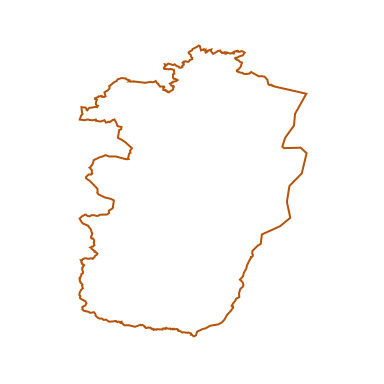 Nenagh Lea-5, North Tipperary, Ireland (Natural Earth projection), rotated 166°
{"feature_id": "5873133B70886709487680", "entity_name": "Nenagh Lea-5", "entity_type": "district", "adm_level": 2, "iso_a3": "IRL", "parent_name": "Ireland", "parent_adm1": "North Tipperary", "projection": "natural_earth1", "projection_center": [-8.077, 52.997], "detail": "fine", "context": "isolated", "style": "outline", "palette": "amber", "viewbox_px": 384, "rotation_deg": 166, "n_neighbors": 0, "source": "geoboundaries", "source_scale": "gbopen_adm2", "svg_char_len": 6032}
<svg xmlns="http://www.w3.org/2000/svg" viewBox="0 0 384 384"><g transform="rotate(166 192 192)"><path d="M275.0,299.7L278.7,301.1L279.5,296.3L279.3,294.1L281.0,293.1L283.4,289.4L278.7,287.6L275.3,287.6L274.2,286.7L270.6,285.5L267.8,285.6L267.8,284.1L266.9,284.1L265.3,283.1L263.3,282.5L259.6,282.9L258.7,280.1L255.6,280.4L254.9,279.6L252.0,280.9L249.7,281.2L248.6,277.1L248.4,274.0L244.7,272.1L245.6,270.0L247.6,269.8L250.8,262.5L247.8,259.9L244.6,256.4L239.7,249.0L242.1,247.1L242.2,244.9L243.5,244.6L244.7,242.7L245.0,241.6L245.7,240.6L245.5,239.3L247.5,239.6L249.7,240.6L257.3,244.9L263.8,246.5L266.9,248.7L270.7,248.0L272.3,248.2L279.2,246.8L279.7,246.6L281.1,244.0L282.7,242.1L284.2,241.3L284.5,240.3L285.4,240.3L283.9,237.5L284.6,234.8L284.3,234.0L285.9,233.3L286.8,233.8L288.4,233.8L291.2,232.2L291.4,231.6L291.2,230.5L288.4,227.4L283.0,218.1L283.6,214.8L284.1,214.2L283.3,212.3L277.8,207.8L272.3,204.9L269.9,202.8L270.1,202.0L272.4,196.6L272.3,196.0L273.4,195.2L277.0,194.1L277.4,193.7L277.5,191.8L279.9,190.7L286.7,192.2L288.8,191.6L290.4,191.9L292.7,193.2L295.3,193.8L297.2,193.1L299.1,194.0L300.4,195.7L301.1,195.9L304.7,195.0L307.4,193.5L306.6,190.2L305.6,187.9L300.9,184.4L301.0,184.1L299.2,180.2L299.1,176.3L298.7,176.0L301.0,172.5L301.0,171.7L300.7,171.2L299.5,171.0L298.6,169.0L298.8,167.9L299.6,166.7L299.4,166.1L299.7,165.0L299.5,164.1L301.1,163.1L302.5,163.2L303.9,162.7L303.1,162.2L303.2,161.1L300.7,158.3L301.0,157.9L300.6,157.7L300.5,157.0L299.6,156.6L298.7,155.1L299.4,154.3L301.6,153.4L302.1,152.7L304.4,151.2L304.9,151.2L305.4,152.0L308.9,152.3L311.7,153.6L314.4,153.2L315.1,152.5L316.2,152.7L315.8,151.7L316.4,151.1L315.9,149.8L316.3,149.1L314.5,147.6L314.3,147.1L315.3,146.7L315.4,146.1L316.9,145.1L316.7,144.7L317.3,143.2L317.0,141.0L317.6,139.5L319.2,139.1L319.9,137.3L321.2,136.3L321.3,135.6L322.1,135.4L321.9,134.6L322.4,133.0L321.9,131.9L322.2,131.3L320.7,128.7L321.4,127.7L321.1,126.9L321.4,126.0L321.2,125.0L323.3,123.9L325.3,121.6L326.2,119.4L325.5,117.9L326.4,116.4L325.8,115.3L321.9,111.8L321.3,109.6L323.0,107.7L326.1,107.1L326.5,106.3L326.2,105.7L326.7,104.6L325.9,103.1L321.1,100.6L320.2,99.4L316.2,99.1L315.2,96.9L315.4,95.5L315.1,94.6L313.4,92.4L312.4,91.6L309.9,90.9L308.6,89.2L306.3,89.0L304.0,86.3L299.4,85.4L297.8,85.5L296.7,85.0L296.8,84.4L295.9,83.8L294.3,84.0L293.6,83.3L291.7,83.2L291.7,82.2L292.3,81.9L291.2,81.4L290.6,79.9L289.5,78.9L285.5,78.0L279.9,75.0L274.1,75.6L273.6,75.0L272.3,75.0L270.7,73.5L270.7,72.9L270.1,72.6L270.2,72.0L269.5,71.0L267.1,71.1L266.5,70.6L265.5,70.7L264.6,69.7L264.4,68.9L263.7,69.0L263.0,68.0L262.4,68.2L262.3,67.5L261.6,67.7L259.8,67.0L259.4,67.4L253.8,65.7L253.4,66.5L251.4,66.3L251.0,65.5L250.2,65.7L249.9,66.3L247.9,65.0L246.3,64.9L245.8,63.9L243.8,64.0L243.6,63.3L242.5,63.6L242.0,63.0L239.8,62.7L238.9,61.9L239.1,61.1L238.4,60.9L238.3,60.3L237.0,59.8L235.4,58.0L234.3,58.0L230.3,56.4L229.5,56.6L227.2,55.0L227.6,53.8L226.5,53.5L225.5,51.7L224.6,51.5L222.8,52.0L220.9,55.2L214.7,56.5L211.8,56.4L206.9,57.8L198.9,57.2L194.8,58.1L191.4,60.3L187.6,64.4L183.6,66.9L180.0,69.9L179.9,71.0L181.0,71.4L181.1,71.9L178.9,74.1L176.4,76.0L174.8,77.9L171.6,78.5L170.8,82.5L169.0,85.6L168.2,86.5L165.7,87.7L164.4,89.8L164.7,92.3L166.7,95.4L162.9,97.9L161.2,101.1L157.8,104.6L156.5,107.3L153.6,110.9L151.0,113.6L150.5,114.6L149.9,114.3L148.5,115.3L148.1,116.4L148.5,117.8L147.6,120.2L141.1,124.1L137.8,125.0L134.5,133.9L114.8,137.5L102.9,143.2L102.3,159.5L96.0,174.3L81.0,183.5L71.4,201.9L75.8,208.7L92.1,212.3L93.4,214.1L88.5,222.1L77.0,231.8L73.1,242.9L57.3,259.7L87.6,275.0L88.2,275.5L87.9,275.7L89.6,277.1L90.9,276.9L91.7,277.8L91.9,279.3L91.7,282.9L92.8,284.5L93.5,286.2L96.5,287.6L99.1,288.0L105.6,294.1L107.8,293.0L111.6,293.5L113.3,294.2L114.2,295.4L116.3,296.2L119.2,298.2L119.3,298.9L118.9,299.3L117.5,299.7L114.6,301.5L112.2,305.5L114.1,306.8L114.7,308.2L116.3,309.2L117.1,310.4L117.5,310.4L117.9,311.0L117.6,311.7L116.5,311.6L116.3,311.3L113.4,312.1L109.7,312.3L107.2,314.4L108.4,315.9L110.1,316.8L111.8,316.5L113.3,316.9L113.8,317.2L113.4,317.9L113.8,318.1L117.5,317.9L117.3,317.1L118.0,316.2L119.2,317.0L121.7,317.2L124.4,319.0L125.3,317.9L125.6,318.0L126.3,318.2L126.1,319.5L126.3,319.7L127.9,319.7L128.2,319.3L129.3,319.7L129.5,320.5L130.2,320.9L130.3,322.4L132.6,322.5L138.1,320.9L139.7,324.3L138.8,325.6L142.4,325.4L142.8,325.2L142.5,324.8L142.8,324.6L144.9,323.9L145.1,324.6L144.5,326.6L144.9,326.4L146.0,326.8L146.0,327.7L149.0,327.2L149.1,331.8L150.1,332.5L152.2,331.6L156.8,330.6L157.8,329.3L159.5,329.1L161.5,328.3L161.3,327.0L160.0,325.3L160.2,324.0L159.7,322.3L159.3,322.1L159.7,320.8L162.4,320.5L163.1,319.5L164.5,319.2L166.9,320.5L167.7,320.2L168.5,320.5L169.8,319.7L169.1,319.0L169.4,318.8L169.1,317.6L171.1,316.6L171.0,315.7L172.6,315.2L174.3,315.8L174.4,316.8L176.2,317.7L176.4,318.4L177.1,318.6L177.9,320.1L179.7,319.7L183.2,322.0L184.2,322.3L185.7,321.4L187.5,322.5L187.4,320.4L189.2,319.5L189.2,318.2L184.0,316.4L183.5,316.7L180.1,315.1L180.5,311.0L181.6,311.0L182.0,310.6L182.8,307.5L182.2,306.2L180.7,305.7L179.0,304.1L180.5,303.4L184.2,303.6L184.3,302.9L187.2,302.5L186.3,300.1L184.4,299.5L184.2,298.4L185.1,298.1L185.4,296.5L186.2,295.6L188.4,295.2L190.2,294.3L191.3,294.7L191.7,295.2L191.4,295.7L193.2,296.7L193.0,297.4L195.1,297.9L194.7,300.1L193.6,300.2L193.6,301.0L197.5,302.1L197.4,302.3L198.8,304.6L198.7,305.4L199.5,306.0L200.4,308.5L201.9,308.0L203.7,308.0L205.6,308.9L211.1,309.3L221.5,313.3L221.8,313.1L222.3,313.6L225.3,314.0L225.7,314.8L226.2,314.8L225.8,315.1L226.2,315.4L225.9,315.7L227.6,316.6L228.5,317.5L228.5,318.0L232.7,319.6L236.9,319.3L238.5,317.8L240.8,317.6L241.4,317.0L242.5,316.8L243.8,315.9L246.6,314.8L246.3,314.4L247.2,312.2L249.1,311.0L252.8,310.0L252.7,305.7L254.4,305.5L256.3,306.1L256.3,307.0L257.6,307.2L258.3,306.9L259.5,307.4L260.1,306.9L263.4,306.4L263.6,305.6L262.0,304.5L263.5,302.2L263.9,301.1L263.9,300.2L263.2,298.6L262.5,298.4L263.5,297.3L265.3,298.0L269.0,298.1L271.2,298.6L273.9,296.6L274.5,297.5L274.5,299.1L275.0,299.7Z" fill="none" stroke="#b45309" stroke-width="2"/></g></svg>